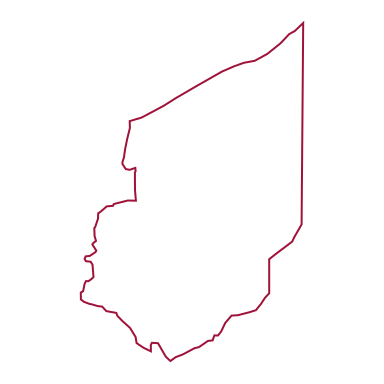 Tanout, Zinder, Niger
{"feature_id": "23599985B69081741011402", "entity_name": "Tanout", "entity_type": "district", "adm_level": 2, "iso_a3": "NER", "parent_name": "Niger", "parent_adm1": "Zinder", "projection": "natural_earth1", "projection_center": [8.581, 15.143], "detail": "fine", "context": "isolated", "style": "outline", "palette": "rose", "viewbox_px": 384, "rotation_deg": 0, "n_neighbors": 0, "source": "geoboundaries", "source_scale": "gbopen_adm2", "svg_char_len": 1275}
<svg xmlns="http://www.w3.org/2000/svg" viewBox="0 0 384 384"><path d="M89.8,304.0L92.1,304.4L97.7,306.1L102.2,306.6L106.3,311.1L116.3,312.9L117.4,315.9L122.3,320.9L130.1,328.0L135.6,337.0L136.6,343.1L143.6,347.8L150.9,351.3L150.8,345.1L151.9,342.8L158.0,343.2L165.8,356.7L170.4,361.0L175.8,357.1L183.1,354.3L194.5,348.2L199.0,347.1L208.0,340.9L212.6,340.4L214.4,335.4L218.0,335.5L221.1,331.6L225.2,323.0L231.5,315.6L237.9,315.2L249.9,312.1L255.9,310.2L261.0,303.9L264.9,297.9L269.2,293.3L269.2,259.2L275.5,254.2L292.2,241.6L294.0,237.7L301.6,224.4L301.7,210.4L303.2,23.0L294.8,31.0L289.2,34.1L280.4,43.4L267.3,53.9L254.7,60.8L243.8,62.8L234.1,66.3L222.1,71.5L197.3,85.6L176.0,98.0L164.0,105.6L141.5,117.6L129.7,121.1L129.9,128.0L127.2,138.9L125.2,148.7L123.9,157.7L122.5,161.8L122.4,163.9L125.8,169.1L129.8,169.8L135.3,167.9L135.6,171.2L134.9,172.3L135.0,190.1L135.9,200.7L127.8,200.5L113.9,204.0L113.0,205.8L106.7,206.4L101.0,211.4L98.2,213.3L98.0,218.7L95.1,227.3L94.3,228.1L94.6,236.2L96.0,240.9L93.0,243.3L92.4,244.5L96.3,250.7L95.5,252.1L89.8,255.9L85.6,256.4L84.6,258.9L85.9,261.2L90.6,261.7L92.5,264.6L93.5,277.0L91.5,279.0L88.6,281.1L86.0,281.1L84.6,283.9L83.1,291.2L80.8,292.5L80.9,299.5L84.1,301.9L89.8,304.0Z" fill="none" stroke="#9f1239" stroke-width="2"/></svg>